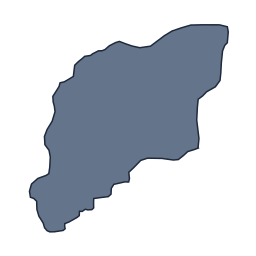 the Canton of Central Bosnia, rotated 93°
{"feature_id": "BIH-2226", "entity_name": "Central Bosnia", "entity_type": "Canton", "adm_level": 1, "iso_a3": "BIH", "parent_name": "Bosnia and Herzegovina", "parent_adm1": "", "projection": "equal_earth", "projection_center": [17.688, 44.116], "detail": "fine", "context": "isolated", "style": "filled", "palette": "slate", "viewbox_px": 256, "rotation_deg": 93, "n_neighbors": 0, "source": "natural_earth", "source_scale": "10m", "svg_char_len": 1467}
<svg xmlns="http://www.w3.org/2000/svg" viewBox="0 0 256 256"><g transform="rotate(93 128 128)"><path d="M42.0,141.1L44.1,134.6L45.9,128.3L47.2,120.4L45.1,109.8L33.9,96.5L28.8,89.0L25.2,80.0L21.9,70.6L21.0,58.4L20.2,41.9L21.7,34.1L26.8,32.9L37.7,33.3L40.4,35.7L46.1,37.6L58.2,38.2L68.2,38.2L75.7,38.6L82.3,42.9L87.8,51.5L92.0,55.1L95.6,59.4L103.1,59.8L116.4,59.8L134.8,56.6L143.9,57.0L144.3,56.7L146.1,60.8L148.4,67.1L152.5,71.1L156.9,76.1L157.6,81.0L156.6,92.6L157.1,106.9L159.7,113.6L166.9,119.9L172.2,124.9L178.4,123.9L181.9,124.5L182.0,128.5L183.8,134.8L185.0,139.2L189.1,141.5L192.7,141.5L195.0,141.5L197.6,144.1L198.6,150.1L200.2,158.5L203.5,158.5L209.6,158.1L211.4,159.8L211.9,163.8L211.4,166.4L213.7,169.4L213.7,172.1L216.3,172.1L218.1,172.1L219.9,174.1L225.0,182.1L226.8,186.1L229.4,186.1L231.9,185.5L233.7,187.4L235.5,196.1L235.8,200.7L234.8,203.4L232.0,206.1L227.4,207.7L220.7,212.4L214.1,214.7L205.9,215.4L203.3,218.4L202.3,221.7L202.3,221.8L196.4,223.1L189.7,221.6L189.0,221.4L183.1,215.4L182.0,212.9L179.7,207.4L179.0,206.4L177.7,204.7L171.3,204.1L161.0,204.1L154.4,205.7L150.6,208.8L149.0,210.1L140.8,211.0L133.7,208.7L125.2,204.1L115.5,201.7L110.1,202.7L105.8,204.1L100.3,204.7L94.5,201.4L90.1,199.0L86.4,198.2L85.2,194.0L79.4,185.3L73.5,184.9L68.1,184.5L64.5,181.2L60.9,177.2L58.7,175.0L57.5,169.2L55.6,167.0L55.0,165.9L52.5,161.6L52.2,157.9L50.8,155.0L46.9,151.0L43.3,144.8L42.0,141.1Z" fill="#64748b" stroke="#1e293b" stroke-width="1.5"/></g></svg>